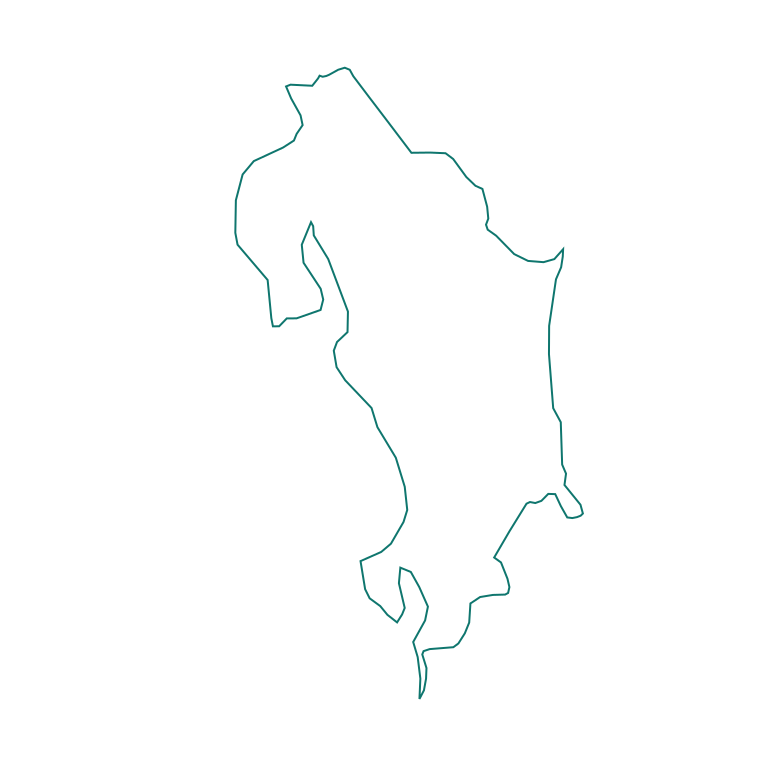 outline of Costa Rica, rotated 31°
{"feature_id": "CRI", "entity_name": "Costa Rica", "entity_type": "country or territory", "adm_level": 0, "iso_a3": "CRI", "parent_name": "North America", "parent_adm1": "", "projection": "robinson", "projection_center": [-84.032, 9.63], "detail": "fine", "context": "isolated", "style": "outline", "palette": "teal", "viewbox_px": 768, "rotation_deg": 31, "n_neighbors": 0, "source": "natural_earth", "source_scale": "50m", "svg_char_len": 1761}
<svg xmlns="http://www.w3.org/2000/svg" viewBox="0 0 768 768"><g transform="rotate(31 384 384)"><path d="M621.2,392.6L620.4,395.6L618.0,398.7L614.5,401.9L609.8,404.0L598.5,397.6L587.5,390.2L581.4,393.6L579.1,403.1L575.0,408.1L569.9,410.0L567.8,413.2L567.4,445.5L567.8,476.0L576.2,476.7L590.1,487.3L596.1,493.5L598.0,499.2L596.3,502.1L586.0,508.7L576.1,517.1L571.1,527.6L579.9,544.6L581.7,556.1L581.4,568.1L579.0,573.9L559.7,587.7L555.5,592.6L556.1,596.1L566.7,605.6L571.8,614.9L576.0,626.0L576.6,635.7L566.9,617.8L553.5,600.7L541.9,590.1L541.0,565.5L536.3,552.2L518.8,539.9L503.8,531.3L492.6,533.0L499.4,547.1L517.1,565.3L518.2,572.2L518.0,581.6L505.8,580.1L495.2,576.3L482.1,575.1L473.5,569.6L455.1,547.9L468.1,529.4L472.2,517.3L471.8,492.2L468.8,480.0L454.7,461.4L432.1,441.1L400.6,424.4L385.7,411.0L348.8,400.8L334.7,394.0L323.8,381.3L322.1,372.2L326.0,358.3L315.8,340.5L271.8,305.6L247.3,292.8L242.0,285.2L238.1,282.9L241.8,307.0L252.6,321.5L280.7,335.0L288.4,342.9L291.5,353.2L275.2,372.8L266.9,377.8L264.4,388.5L259.1,391.8L253.5,385.6L230.7,354.8L186.7,340.0L178.7,331.0L162.4,302.8L154.9,277.2L157.6,260.0L175.7,233.3L181.4,221.7L180.3,214.6L180.9,204.0L174.1,196.7L157.4,187.1L146.8,179.4L149.7,175.6L168.9,165.3L170.1,156.0L170.0,152.9L173.2,152.2L175.9,149.7L177.7,147.2L182.9,138.2L187.5,133.1L192.8,132.3L199.2,136.0L223.3,145.7L250.2,156.4L288.4,171.7L304.3,161.9L317.9,154.5L327.4,155.5L348.0,164.2L360.3,167.0L367.9,166.1L381.1,178.9L388.2,188.5L389.4,194.9L393.4,198.3L403.7,199.1L428.7,205.6L444.1,204.3L458.0,197.4L465.7,189.2L468.1,176.2L471.6,182.7L475.7,192.7L477.5,205.7L495.6,249.1L510.0,273.4L541.5,317.6L555.2,325.7L578.2,361.3L586.2,367.1L590.7,377.6L614.6,386.3L621.2,392.6Z" fill="none" stroke="#0f766e" stroke-width="2"/></g></svg>